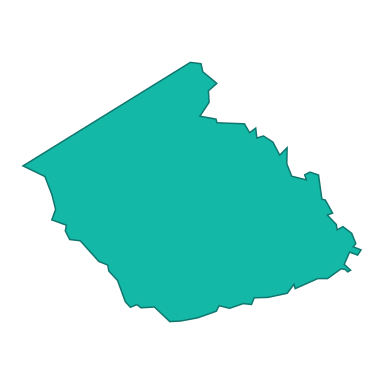 Burleson, Texas, United States of America (Natural Earth projection)
{"feature_id": "52423323B90377685931333", "entity_name": "Burleson", "entity_type": "district", "adm_level": 2, "iso_a3": "USA", "parent_name": "United States of America", "parent_adm1": "Texas", "projection": "natural_earth1", "projection_center": [-96.537, 30.513], "detail": "fine", "context": "isolated", "style": "filled", "palette": "teal", "viewbox_px": 384, "rotation_deg": 0, "n_neighbors": 0, "source": "geoboundaries", "source_scale": "gbopen_adm2", "svg_char_len": 1016}
<svg xmlns="http://www.w3.org/2000/svg" viewBox="0 0 384 384"><path d="M23.0,165.9L44.9,176.5L52.0,194.9L55.6,209.4L51.8,219.9L66.4,225.2L65.3,230.9L69.7,239.5L80.3,240.8L98.9,261.5L107.7,265.0L108.9,271.2L117.6,280.5L125.3,301.7L130.4,307.3L136.9,304.6L141.0,307.8L154.4,307.0L169.8,321.6L180.7,321.0L197.7,317.8L216.3,311.2L219.1,305.7L229.6,308.3L243.3,303.6L251.5,304.5L254.2,297.8L268.0,297.4L287.3,293.2L293.9,284.3L295.2,288.6L317.7,278.6L327.5,278.6L341.1,268.8L345.3,269.5L347.7,271.9L350.6,270.2L344.2,264.4L349.6,252.1L357.6,255.1L361.0,249.9L353.2,246.8L355.8,243.6L351.7,233.3L342.9,226.6L337.1,229.9L336.3,224.5L327.3,215.1L332.6,213.1L325.3,200.0L321.9,199.2L318.5,175.0L309.9,172.1L304.7,174.8L306.4,179.9L291.7,176.2L286.8,163.9L287.1,147.7L279.7,155.1L272.9,142.1L263.5,136.0L256.8,138.0L255.7,128.1L249.6,132.7L244.4,123.8L217.0,122.8L216.0,119.1L199.9,116.2L209.1,102.3L208.4,90.8L216.8,83.4L202.8,71.8L201.0,63.7L190.3,62.4L23.0,165.9Z" fill="#14b8a6" stroke="#0f766e" stroke-width="1.5"/></svg>